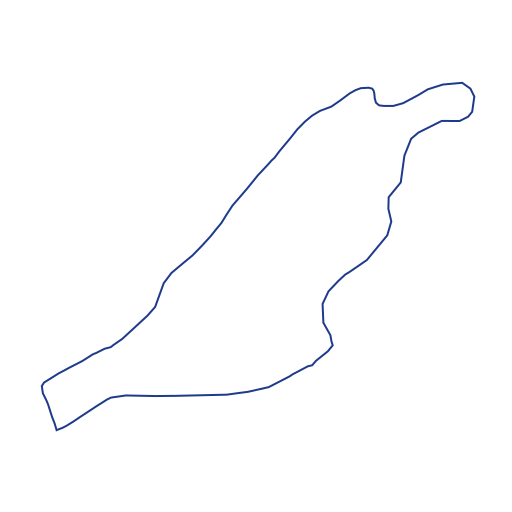 the district of El Rodeo, San Marcos, Guatemala, rotated 188°
{"feature_id": "79465075B79064464802759", "entity_name": "El Rodeo", "entity_type": "district", "adm_level": 2, "iso_a3": "GTM", "parent_name": "Guatemala", "parent_adm1": "San Marcos", "projection": "mercator", "projection_center": [-91.996, 14.886], "detail": "fine", "context": "isolated", "style": "outline", "palette": "blue", "viewbox_px": 512, "rotation_deg": 188, "n_neighbors": 0, "source": "geoboundaries", "source_scale": "gbopen_adm2", "svg_char_len": 1472}
<svg xmlns="http://www.w3.org/2000/svg" viewBox="0 0 512 512"><g transform="rotate(188 256 256)"><path d="M75.9,456.2L94.8,451.8L109.0,445.0L117.9,437.8L131.6,427.8L141.0,423.7L150.4,422.4L155.1,422.3L158.5,424.5L160.3,428.5L161.5,433.5L162.5,436.0L164.2,437.9L167.9,438.3L175.5,436.8L180.2,434.3L185.7,430.2L194.7,421.3L202.2,414.4L212.7,408.7L216.3,405.8L220.2,402.6L226.3,395.8L232.7,387.2L238.7,377.0L247.3,363.2L251.3,355.9L254.0,352.6L256.6,348.6L265.3,336.3L274.0,321.8L278.8,314.3L286.3,302.7L291.1,292.5L294.8,284.0L298.8,277.5L304.0,268.8L311.5,257.9L319.0,247.7L326.5,239.5L332.1,233.3L337.4,227.4L343.6,216.2L348.8,191.5L352.5,185.9L355.2,181.8L376.9,155.3L384.6,148.2L387.2,145.5L393.0,143.1L400.8,137.7L403.8,136.0L413.3,127.9L425.2,119.5L435.2,112.2L440.4,107.8L448.3,101.2L450.0,97.4L447.9,90.3L443.5,83.9L441.3,80.2L435.6,68.4L432.1,62.1L429.2,55.8L427.5,56.8L423.7,58.9L420.3,61.3L414.1,66.4L407.0,72.8L392.9,85.2L388.5,88.9L383.6,93.1L379.9,95.6L365.4,99.8L336.2,103.3L315.7,106.4L265.7,114.6L255.5,117.5L245.0,120.4L225.2,127.9L205.8,141.6L203.7,143.6L189.3,154.0L185.2,155.6L182.0,160.6L171.6,171.6L167.6,178.2L169.4,182.0L171.3,187.9L180.0,199.3L183.4,217.8L179.3,231.1L170.8,243.0L165.0,250.1L161.3,253.1L145.7,267.4L128.9,294.7L126.8,309.0L131.5,321.2L132.8,332.7L122.9,349.0L123.0,376.0L118.7,393.7L112.4,400.8L90.9,415.6L73.2,418.0L65.4,423.4L62.0,428.9L62.0,444.3L67.0,451.6L75.9,456.2Z" fill="none" stroke="#1e3a8a" stroke-width="2"/></g></svg>